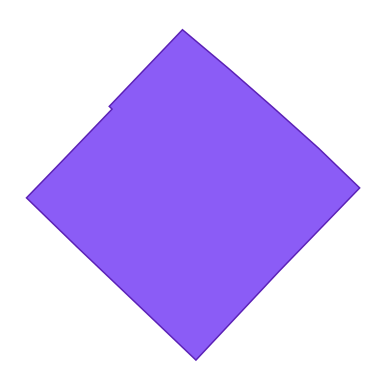 Ingham, Michigan, United States of America (Equal Earth projection), rotated 314°
{"feature_id": "52423323B68700742092753", "entity_name": "Ingham", "entity_type": "district", "adm_level": 2, "iso_a3": "USA", "parent_name": "United States of America", "parent_adm1": "Michigan", "projection": "equal_earth", "projection_center": [-84.365, 42.599], "detail": "fine", "context": "isolated", "style": "filled", "palette": "violet", "viewbox_px": 384, "rotation_deg": 314, "n_neighbors": 0, "source": "geoboundaries", "source_scale": "gbopen_adm2", "svg_char_len": 329}
<svg xmlns="http://www.w3.org/2000/svg" viewBox="0 0 384 384"><g transform="rotate(314 192 192)"><path d="M196.1,73.0L196.1,76.9L119.5,77.1L72.8,77.0L72.6,147.2L73.4,252.5L73.8,311.6L195.6,309.7L311.4,309.8L311.4,253.2L309.1,191.7L306.3,134.0L302.1,72.4L196.1,73.0Z" fill="#8b5cf6" stroke="#5b21b6" stroke-width="1.5"/></g></svg>